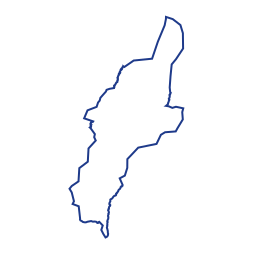 Ixtamir, Arhangay, Mongolia (Albers equal-area conic projection), rotated 354°
{"feature_id": "93677404B6995675757319", "entity_name": "Ixtamir", "entity_type": "district", "adm_level": 2, "iso_a3": "MNG", "parent_name": "Mongolia", "parent_adm1": "Arhangay", "projection": "albers", "projection_center": [100.859, 47.539], "detail": "fine", "context": "isolated", "style": "outline", "palette": "blue", "viewbox_px": 256, "rotation_deg": 354, "n_neighbors": 0, "source": "geoboundaries", "source_scale": "gbopen_adm2", "svg_char_len": 4927}
<svg xmlns="http://www.w3.org/2000/svg" viewBox="0 0 256 256"><g transform="rotate(354 128 128)"><path d="M191.1,54.7L192.5,39.4L190.9,31.1L183.9,24.4L177.4,21.5L177.1,23.6L175.2,29.7L166.7,45.3L159.2,61.6L140.7,61.5L130.8,66.9L129.9,66.2L129.9,66.3L129.7,66.3L129.1,66.7L129.0,66.8L129.1,67.1L129.0,67.3L128.9,67.4L128.9,67.5L128.5,67.9L128.0,67.9L127.9,68.0L128.0,68.0L128.0,68.4L128.0,68.5L127.8,68.4L127.7,68.6L127.3,68.9L127.3,69.1L127.2,69.5L126.9,69.5L126.8,69.9L126.8,70.0L126.6,70.2L126.3,70.4L126.1,70.7L125.8,71.5L125.6,71.5L125.5,71.8L125.6,72.2L125.4,72.2L125.3,72.3L125.6,72.4L125.4,72.6L125.4,72.8L125.2,72.8L124.8,73.0L124.6,73.3L124.6,73.5L124.6,73.8L124.4,73.8L124.3,74.1L124.2,74.2L124.1,74.4L124.2,74.5L123.9,74.9L123.7,75.4L123.4,75.6L123.2,76.6L123.2,76.8L122.8,76.9L122.8,77.0L122.8,77.5L122.9,77.8L123.1,77.9L123.1,78.1L123.0,78.3L123.0,78.6L122.7,78.9L122.7,79.0L122.9,79.3L122.8,79.5L122.5,79.9L122.3,80.0L122.4,80.5L122.3,80.8L122.2,81.1L121.8,81.1L121.3,81.4L121.2,81.5L121.2,81.8L121.0,82.0L120.9,81.9L120.8,82.0L120.5,82.3L120.4,82.5L120.4,82.8L120.2,83.0L120.0,83.3L119.9,83.5L119.6,83.7L119.5,83.9L119.4,83.9L119.2,84.2L119.2,84.3L118.6,84.4L118.6,84.5L118.9,84.8L118.7,85.1L118.6,85.3L118.7,85.7L118.7,85.8L118.3,85.9L118.2,86.0L118.2,86.3L118.2,86.5L118.2,86.8L113.8,87.1L110.7,87.8L109.8,89.5L106.5,92.5L103.7,95.1L102.7,97.8L100.9,99.5L99.0,103.7L89.6,106.2L85.4,113.8L94.1,117.8L93.9,118.1L93.6,118.2L93.2,118.2L92.9,118.3L92.6,118.2L92.4,118.2L92.3,118.4L92.1,118.6L91.9,118.9L91.9,119.1L91.7,119.3L91.6,119.5L91.4,119.3L91.3,119.5L91.2,119.6L91.3,119.8L91.3,120.0L91.2,120.3L91.3,120.4L91.3,120.5L91.1,120.6L91.1,120.8L91.2,121.0L91.3,121.0L91.5,121.1L91.2,121.4L91.3,121.6L91.5,121.6L91.3,121.9L91.3,122.0L91.1,122.1L91.1,122.3L91.3,122.2L91.3,122.3L91.2,122.4L91.2,122.5L91.1,122.8L90.8,123.0L91.3,123.1L91.2,123.4L90.9,123.8L90.6,123.9L90.5,124.0L90.7,124.3L90.8,124.3L94.4,130.6L93.4,133.6L94.6,137.1L86.6,144.2L84.5,157.3L75.4,162.8L73.2,175.9L66.0,179.8L63.5,182.3L65.3,186.2L66.6,195.2L65.0,197.8L70.8,200.7L70.9,213.0L70.7,213.8L70.9,214.7L71.1,215.0L72.3,215.7L73.1,216.6L74.1,217.0L74.7,217.2L75.3,217.3L76.2,217.4L76.8,217.3L77.8,217.0L81.6,216.7L81.9,216.8L82.6,217.2L83.1,217.4L83.5,217.5L84.7,217.5L85.7,217.7L86.7,218.0L87.1,218.3L87.3,218.9L87.4,219.1L87.9,219.3L88.2,219.3L88.5,219.2L88.8,218.8L89.2,218.4L89.6,218.3L92.7,222.3L90.8,226.6L92.4,230.8L94.2,234.5L95.4,234.1L96.1,233.6L96.7,232.8L96.9,232.2L97.2,231.1L97.0,230.1L97.1,228.9L97.1,228.6L97.1,228.4L97.1,228.2L97.1,227.5L96.9,227.1L96.9,226.5L96.9,226.1L96.7,225.7L96.6,224.9L96.6,224.7L96.9,224.1L96.9,223.9L97.1,223.5L97.0,223.0L97.1,222.7L97.4,222.3L97.4,221.6L97.3,221.4L97.4,221.1L97.5,220.2L97.7,219.9L97.8,219.8L97.8,219.5L97.9,219.4L97.9,219.2L97.8,218.9L97.7,218.8L97.8,218.6L97.7,218.5L97.7,218.3L97.9,218.0L98.0,217.8L98.1,217.4L98.2,217.2L98.6,216.6L98.9,216.2L98.9,215.9L98.9,215.6L98.9,215.4L99.0,215.2L99.1,214.9L99.2,214.4L99.1,214.1L99.0,213.9L99.0,213.7L98.9,213.4L99.3,212.3L99.5,212.1L99.5,211.9L99.7,211.6L99.5,211.2L99.6,210.9L100.1,210.4L100.2,210.0L100.1,209.2L100.1,208.8L100.0,208.7L99.9,208.6L99.8,208.1L99.7,207.9L99.6,207.7L99.8,207.3L100.2,206.8L100.2,206.7L100.4,206.7L100.7,205.9L100.7,205.5L100.7,205.1L101.1,204.3L101.3,204.1L101.5,204.0L101.9,203.7L102.0,203.3L102.2,203.2L102.3,202.8L102.3,202.7L102.1,202.5L101.9,202.5L101.8,202.4L101.5,201.9L101.5,201.4L101.7,200.7L102.0,200.5L102.1,200.0L102.3,199.7L102.7,199.3L102.8,198.8L102.8,198.4L102.9,197.9L102.9,197.4L103.0,197.3L103.2,197.1L103.5,197.0L104.2,196.8L104.6,196.6L105.6,195.7L105.9,195.2L106.1,195.0L106.3,194.8L106.6,194.5L107.0,194.3L107.2,194.1L107.5,193.9L108.5,193.9L108.9,193.7L109.0,193.5L109.2,193.3L109.3,193.0L109.3,192.7L109.2,192.3L109.2,192.2L109.6,191.8L110.1,191.6L110.1,191.3L110.2,191.2L110.8,190.9L111.3,190.0L111.6,189.9L112.2,188.6L112.4,188.4L113.4,187.8L113.5,187.8L113.7,187.6L114.1,187.1L114.2,186.8L114.3,186.4L114.5,186.0L114.6,185.9L115.0,185.8L115.1,185.6L115.2,185.4L115.8,185.4L115.9,185.1L116.3,184.9L116.2,184.7L116.3,184.5L116.5,184.4L116.7,184.1L114.5,177.2L119.9,175.0L123.1,167.6L124.1,158.9L132.4,151.8L136.1,148.6L154.7,146.8L160.0,138.2L164.4,136.1L175.1,136.4L177.1,133.5L183.4,125.2L183.6,117.9L185.0,114.2L177.9,111.9L174.2,112.6L170.8,110.7L168.3,110.0L168.5,109.9L168.5,109.7L169.1,109.3L169.4,109.2L169.7,108.8L170.1,108.6L170.3,108.0L170.4,107.6L170.5,107.6L170.6,107.3L170.8,106.8L171.0,106.5L171.1,106.2L171.3,105.9L171.3,105.5L171.8,104.8L171.9,104.5L172.1,104.3L172.1,104.0L171.7,103.7L171.7,103.3L171.9,103.3L172.0,103.2L172.0,102.7L172.3,102.2L172.5,102.0L172.6,101.6L172.8,101.2L172.8,100.7L172.7,100.5L172.7,100.2L172.9,99.9L172.7,99.5L172.7,99.4L172.8,99.3L173.3,99.3L173.4,99.2L173.5,98.2L173.8,97.8L174.2,97.5L174.1,97.3L173.8,97.1L173.7,96.7L173.7,92.1L175.7,80.9L178.1,69.3L182.9,64.6L191.1,54.7Z" fill="none" stroke="#1e3a8a" stroke-width="2"/></g></svg>